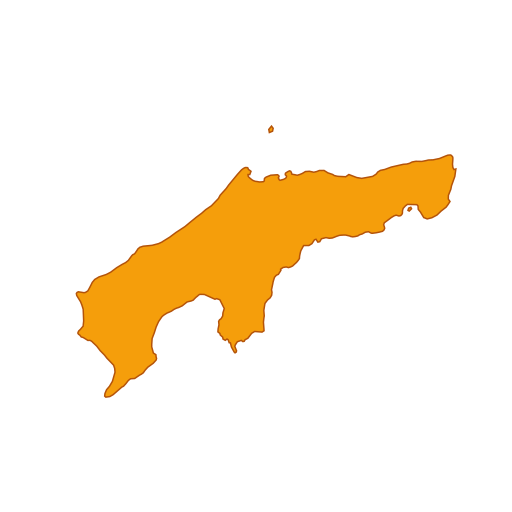 Saipan, Saipan, Northern Mariana Islands (Equal Earth projection), rotated 42°
{"feature_id": "39175420B42755231479115", "entity_name": "Saipan", "entity_type": "district", "adm_level": 2, "iso_a3": "MNP", "parent_name": "Northern Mariana Islands", "parent_adm1": "Saipan", "projection": "equal_earth", "projection_center": [145.757, 15.191], "detail": "fine", "context": "isolated", "style": "filled", "palette": "amber", "viewbox_px": 512, "rotation_deg": 42, "n_neighbors": 0, "source": "geoboundaries", "source_scale": "gbopen_adm2", "svg_char_len": 5678}
<svg xmlns="http://www.w3.org/2000/svg" viewBox="0 0 512 512"><g transform="rotate(42 256 256)"><path d="M147.5,402.6L147.4,402.9L147.6,404.1L149.2,405.3L151.2,405.9L156.3,407.4L158.7,408.6L158.8,408.6L161.2,410.0L163.2,411.2L171.4,419.6L173.8,422.9L174.5,423.8L174.5,425.8L174.6,427.9L174.4,430.2L174.7,431.4L174.8,431.7L175.2,432.5L176.4,432.9L178.1,432.7L180.3,433.1L182.1,432.2L187.6,431.2L189.0,429.8L190.5,429.4L191.8,429.3L192.5,429.4L196.8,429.5L198.4,429.6L198.8,429.7L203.5,430.6L209.7,431.0L213.6,431.7L218.0,432.0L222.0,432.3L223.2,432.4L226.2,434.1L229.0,436.7L233.2,445.3L233.6,447.4L234.3,450.8L234.4,455.3L235.1,457.4L235.8,459.3L237.3,461.4L238.8,461.4L241.4,458.3L242.6,454.7L244.0,443.2L244.7,441.4L244.7,437.7L244.4,433.9L244.9,431.2L247.8,428.2L249.1,422.7L249.9,420.5L250.4,418.2L250.0,415.1L250.0,411.0L251.4,404.5L251.4,401.9L251.4,400.1L250.6,398.6L249.5,398.0L247.6,396.3L244.7,396.8L239.3,393.3L237.6,391.4L237.2,390.9L234.0,386.8L231.8,381.1L229.3,375.6L227.5,370.0L227.0,366.4L226.7,363.8L227.0,361.8L227.5,359.9L228.1,357.8L229.0,356.0L229.9,353.9L230.0,353.7L230.5,351.7L230.8,350.4L231.8,348.0L233.0,346.0L233.8,344.1L234.3,342.9L234.5,342.5L234.7,341.3L235.0,339.4L235.3,337.7L235.5,336.4L236.1,335.4L237.1,334.0L238.1,332.5L238.3,332.0L238.9,330.7L238.9,329.1L239.0,327.0L239.4,324.6L239.4,324.2L239.5,323.3L239.9,322.1L241.5,320.7L243.4,319.1L254.4,315.6L255.3,314.0L258.4,312.7L267.6,316.3L267.9,317.0L269.5,320.4L271.4,322.9L272.0,325.9L271.6,327.9L272.0,329.6L274.5,331.9L276.6,335.5L278.5,337.9L280.9,337.7L282.3,338.6L285.5,338.6L287.1,339.8L289.6,339.2L290.0,337.1L291.4,336.9L294.1,338.4L295.1,337.7L298.7,340.1L299.0,340.2L304.1,342.0L305.2,342.0L305.2,341.9L305.6,340.5L304.8,339.3L304.0,339.0L300.7,337.3L300.4,336.7L300.1,335.9L299.5,332.2L301.5,328.6L303.5,328.4L304.3,327.3L303.9,325.5L305.0,322.6L304.5,316.4L305.5,313.0L311.4,308.5L312.0,306.2L310.5,304.7L305.8,300.2L303.3,296.7L302.2,295.0L298.2,291.2L297.3,289.8L294.6,285.6L294.4,285.3L294.0,281.0L294.5,277.6L293.9,274.7L292.2,272.3L290.1,270.7L289.4,269.5L286.8,265.0L286.5,264.6L285.8,263.3L284.7,261.0L284.0,259.4L284.0,256.6L284.9,254.7L284.1,250.0L283.1,249.4L283.8,246.4L285.8,243.9L287.9,242.9L289.1,240.9L289.9,238.9L290.0,237.9L290.1,236.4L290.4,233.7L290.3,231.3L290.0,228.9L288.4,226.8L287.8,225.8L287.0,224.4L285.8,222.1L284.4,216.4L288.3,212.8L289.3,209.4L288.6,204.8L289.4,203.4L292.7,204.3L293.8,202.7L293.1,199.4L295.7,195.5L298.6,193.8L300.7,191.5L302.4,188.1L302.5,187.8L303.7,185.7L304.0,185.1L305.2,183.7L305.8,183.1L307.3,181.6L308.0,181.0L308.7,180.4L310.0,179.7L312.5,178.3L313.0,178.3L315.0,177.1L316.6,175.3L318.2,173.0L318.8,170.8L320.2,168.5L321.3,165.2L321.6,164.8L322.7,163.5L323.3,162.7L326.4,161.9L327.5,161.0L327.9,160.5L329.7,158.4L331.7,155.7L333.5,153.0L333.7,151.0L333.1,149.3L332.0,148.5L330.0,147.4L329.1,145.5L329.6,143.1L330.2,140.2L330.8,137.0L331.7,133.9L332.8,131.9L335.5,130.6L336.5,129.2L336.6,127.5L336.1,126.1L334.8,124.6L334.4,124.0L333.5,122.1L333.5,118.9L334.0,116.3L341.2,110.2L342.9,110.4L345.4,112.8L348.7,113.3L355.0,115.2L355.6,114.9L358.4,113.9L361.1,109.9L363.1,104.4L363.5,98.7L364.6,92.5L364.3,89.4L363.7,85.7L360.8,85.0L358.4,82.2L356.1,76.0L354.3,73.0L350.5,63.8L346.3,57.6L345.3,59.3L343.1,58.5L342.9,58.4L342.4,57.9L340.6,56.3L338.2,53.2L336.7,51.4L335.9,50.8L335.0,50.6L334.4,50.6L333.2,50.6L332.4,51.3L331.1,52.7L330.2,54.4L327.1,60.8L324.3,64.6L323.2,66.1L319.9,69.3L318.6,71.2L316.0,74.7L311.6,78.5L311.4,78.7L310.9,79.3L309.1,81.7L308.1,84.3L306.5,86.8L304.1,89.3L297.0,99.4L293.8,105.5L291.1,109.2L291.0,109.7L290.3,112.1L290.5,114.8L289.4,118.8L287.1,121.8L285.4,124.0L282.6,127.6L278.5,130.2L278.3,130.3L270.5,133.3L270.3,134.1L269.6,137.2L269.2,137.4L263.8,141.8L262.6,142.6L262.2,142.8L260.2,143.9L259.7,143.9L258.5,144.1L258.4,144.1L253.8,146.1L249.3,146.9L247.6,148.5L245.9,150.0L244.6,152.6L242.9,155.1L241.6,155.8L239.0,157.3L236.2,160.2L235.8,161.6L235.1,163.8L234.0,166.1L233.1,167.6L232.6,168.4L230.3,169.7L227.9,171.2L226.5,170.3L225.1,169.8L223.9,170.3L223.2,172.0L222.9,173.1L222.5,174.6L222.9,175.5L223.5,176.1L224.6,176.0L225.3,176.2L225.4,176.5L226.0,177.5L225.9,178.8L225.2,180.6L224.1,182.3L223.2,183.7L222.0,183.8L221.9,183.7L221.1,183.2L220.3,183.0L220.0,181.6L219.1,181.0L217.6,181.2L212.9,186.1L210.7,190.6L210.4,192.3L210.6,193.1L211.6,194.2L211.9,195.1L211.7,195.9L211.3,196.3L210.5,197.2L209.0,198.7L207.9,199.4L207.5,199.6L205.3,201.1L202.8,202.0L200.0,202.2L199.9,202.2L199.1,202.2L197.9,202.2L196.7,201.9L195.6,200.8L196.9,199.7L195.6,196.4L192.3,196.7L191.1,196.0L190.4,196.1L189.7,196.7L188.8,197.5L188.1,199.2L187.9,200.2L187.6,201.6L187.6,203.1L187.6,203.4L187.6,207.7L188.2,221.5L188.7,225.8L188.7,232.4L188.7,234.8L189.6,238.4L189.3,247.8L189.3,248.4L187.6,255.3L187.0,260.6L185.6,267.6L185.4,269.1L184.6,274.2L183.5,281.8L180.8,292.0L179.7,297.5L179.3,299.6L177.1,307.2L176.7,308.7L175.3,312.0L171.7,317.5L169.0,320.5L165.6,324.2L163.8,327.3L163.7,328.5L163.6,328.9L163.5,329.7L163.8,331.4L164.1,333.7L164.2,334.2L164.3,335.6L164.0,336.5L163.6,337.3L163.5,338.1L163.5,339.1L163.8,342.1L164.1,344.7L163.6,347.6L163.5,348.2L162.7,350.3L162.1,351.9L160.3,357.9L159.1,364.0L159.0,364.5L158.8,365.4L158.5,366.2L157.6,368.6L157.4,369.1L157.0,370.1L153.3,376.6L151.8,381.5L151.9,382.3L152.0,385.2L152.6,387.3L153.5,390.6L153.9,392.3L154.2,393.7L154.4,394.4L153.6,397.2L152.7,398.4L150.8,399.6L149.3,400.6L147.9,401.5L147.5,402.6ZM180.6,149.1L180.8,153.4L183.3,155.3L183.6,154.7L184.8,152.2L183.3,149.6L180.6,149.1ZM337.8,117.4L337.4,118.3L338.4,120.4L339.8,120.1L340.0,116.8L338.4,116.2L338.1,116.8L337.8,117.4Z" fill="#f59e0b" stroke="#b45309" stroke-width="1.5"/></g></svg>